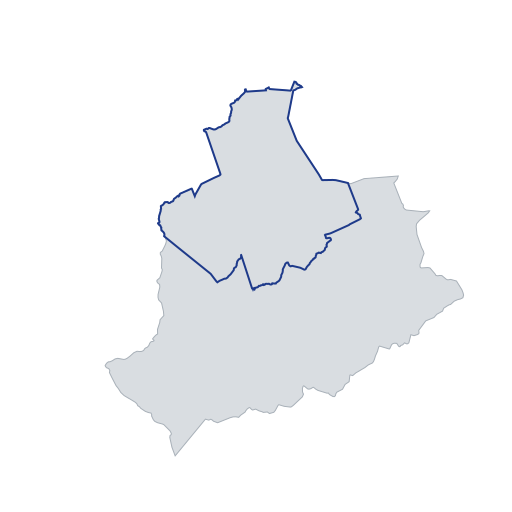 Santa Cruz highlighted on a map of Bolivia, rotated 249°
{"feature_id": "BOL-1940", "entity_name": "Santa Cruz", "entity_type": "Department", "adm_level": 1, "iso_a3": "BOL", "parent_name": "Bolivia", "parent_adm1": "", "projection": "mercator", "projection_center": [-61.708, -16.97], "detail": "fine", "context": "in_parent", "style": "outline", "palette": "blue", "viewbox_px": 512, "rotation_deg": 249, "n_neighbors": 0, "source": "natural_earth", "source_scale": "10m", "svg_char_len": 9699}
<svg xmlns="http://www.w3.org/2000/svg" viewBox="0 0 512 512"><g transform="rotate(249 256 256)"><path d="M100.6,289.0L99.9,282.7L98.8,281.2L97.2,280.1L96.6,278.9L97.2,277.5L100.4,274.9L102.1,274.5L102.5,273.1L108.3,265.7L110.1,264.2L112.1,263.1L113.0,262.3L112.5,259.6L112.7,257.7L113.4,256.6L117.3,254.4L117.7,254.0L117.5,253.3L115.8,251.9L112.3,250.7L110.0,250.8L107.9,248.8L103.3,237.6L102.5,235.0L102.6,234.0L105.6,228.4L109.0,224.0L108.6,223.0L104.9,218.7L103.7,216.6L104.1,212.1L106.3,210.7L107.4,206.7L108.3,206.0L110.4,203.3L113.2,200.8L113.4,197.7L114.3,196.9L116.7,195.9L116.9,195.2L116.4,193.1L115.2,191.0L114.2,189.9L112.9,184.7L111.6,182.0L113.1,179.6L114.0,177.0L114.3,173.9L114.1,160.4L117.0,157.1L118.5,156.4L119.8,155.3L119.7,153.1L121.8,150.3L98.4,108.9L107.6,109.0L117.5,110.5L119.2,111.4L119.6,112.8L120.7,113.4L123.4,113.1L131.6,109.5L132.7,108.4L135.6,104.4L137.8,102.3L139.9,101.5L144.0,101.2L145.3,101.8L147.0,101.7L148.4,99.5L150.6,97.0L155.0,93.9L157.2,93.1L158.5,92.0L160.9,91.8L163.0,90.7L172.9,82.9L177.0,80.9L181.6,80.0L185.1,78.9L194.0,77.9L199.7,77.4L201.5,78.5L203.6,78.2L205.3,76.4L206.8,75.9L207.8,75.9L209.4,78.0L210.1,80.2L209.6,81.8L209.7,84.3L210.4,87.5L210.0,90.3L206.8,95.5L206.5,97.0L206.7,99.1L207.7,102.6L209.5,107.3L209.7,110.8L208.5,113.1L207.9,115.1L208.0,116.7L208.5,117.9L209.2,118.6L209.7,119.9L209.8,121.9L210.8,123.8L212.8,125.7L213.6,127.4L213.2,129.1L213.3,130.2L213.9,130.6L215.2,129.8L215.8,129.9L217.2,132.3L218.2,134.7L218.4,136.2L222.7,137.7L228.4,142.3L230.9,143.6L233.4,148.6L237.7,149.8L246.0,151.0L249.9,149.4L252.5,149.7L255.2,150.8L261.5,155.1L264.0,155.8L265.8,154.7L267.5,154.3L268.8,154.8L270.1,158.4L274.9,162.4L276.7,163.6L278.7,163.5L287.5,167.2L289.8,167.5L292.1,167.3L293.6,168.0L294.2,170.2L298.2,174.6L300.0,176.3L302.2,177.8L307.8,177.8L309.5,178.2L320.9,176.8L325.1,178.8L335.8,184.9L338.0,188.9L338.4,191.1L337.8,193.3L336.9,194.1L336.6,195.6L337.0,197.7L338.7,199.6L340.2,206.0L341.2,207.3L341.9,220.0L333.8,220.3L335.2,221.5L342.7,230.6L344.4,252.1L387.3,253.7L388.4,253.7L391.5,252.5L392.3,252.5L392.2,258.1L389.1,262.5L388.9,263.9L389.3,269.6L390.4,274.3L391.0,278.5L392.3,279.8L396.0,282.0L401.6,286.1L403.9,286.6L405.8,286.1L406.9,287.8L407.1,290.5L412.2,302.8L413.1,304.5L414.6,305.4L414.3,306.0L413.1,306.3L412.5,307.2L407.0,324.7L408.4,324.8L408.8,328.3L407.1,328.6L406.6,329.3L397.9,347.7L405.0,354.3L404.3,355.4L400.8,356.4L398.9,359.0L397.2,359.4L397.7,354.8L397.2,350.8L396.7,349.8L372.8,335.0L348.8,335.3L309.5,343.9L303.1,345.0L298.9,356.4L289.5,370.5L289.5,384.6L279.7,417.5L277.2,415.4L275.4,412.3L274.9,410.9L274.6,410.8L252.9,411.0L251.8,411.7L250.2,411.7L249.1,411.0L248.0,411.1L246.4,411.7L245.0,412.9L237.4,428.0L236.3,433.4L235.9,434.3L234.6,432.4L230.7,421.4L228.5,417.4L226.1,416.1L218.4,414.0L204.6,413.6L200.3,414.0L198.0,413.7L195.7,411.5L190.5,407.5L189.5,406.2L187.5,405.4L186.3,405.3L185.6,406.1L183.6,412.4L182.5,414.1L175.3,416.7L173.4,417.0L172.4,418.5L172.0,420.6L171.1,422.5L166.1,425.3L165.0,426.5L164.4,429.3L160.8,434.2L150.7,436.1L147.4,436.1L145.1,435.8L142.9,434.2L142.6,431.5L143.0,428.7L142.8,424.8L141.0,420.3L141.2,418.9L140.9,416.7L140.0,412.5L137.7,410.4L136.8,403.9L134.8,400.1L134.6,391.2L128.3,381.3L125.7,380.6L125.1,380.0L124.8,378.6L125.0,374.9L127.0,372.4L120.2,367.6L119.8,366.4L119.8,365.4L121.7,363.5L120.5,361.1L120.6,359.0L119.8,358.1L119.9,357.4L120.7,356.8L124.0,356.1L125.0,353.9L125.1,352.1L124.6,350.8L121.5,347.6L121.4,347.1L127.6,339.1L127.4,338.4L126.8,337.7L123.5,335.3L119.8,331.6L117.3,329.7L115.3,327.8L114.4,326.2L114.1,321.9L112.8,317.6L111.1,307.3L109.7,303.4L111.2,301.4L111.1,300.9L105.3,297.9L104.2,293.2L100.6,289.0Z" fill="#d9dde1" stroke="#a8b0b8" stroke-width="1"/><path d="M405.0,354.3L404.5,355.1L404.1,355.5L403.5,355.8L402.9,355.6L402.4,355.6L402.2,355.7L402.2,355.9L402.0,356.2L401.7,356.3L401.4,356.4L400.8,356.6L400.0,357.8L399.1,358.2L398.7,358.8L398.3,359.0L397.2,359.4L397.2,358.7L397.6,357.2L397.6,356.7L397.6,355.5L397.7,354.9L397.6,354.0L397.1,352.4L397.1,351.5L397.2,350.6L397.1,350.2L396.8,349.9L374.9,336.2L373.4,335.1L372.9,335.0L348.9,335.3L309.5,343.9L303.6,344.8L303.2,345.0L303.0,345.3L299.5,354.9L298.2,357.7L296.4,360.4L291.2,368.0L263.1,368.1L262.8,368.0L262.6,367.9L262.4,367.6L261.6,365.6L261.2,365.1L260.9,364.8L260.7,364.9L260.5,365.1L260.0,365.8L259.7,366.1L259.3,366.2L258.5,366.4L258.3,366.6L258.1,366.8L257.7,367.4L257.5,367.6L257.4,367.7L257.2,367.7L256.9,367.7L255.7,367.5L254.1,367.5L253.5,367.4L253.1,366.2L252.0,354.9L251.7,354.1L251.6,353.8L250.5,334.6L250.5,332.9L251.1,328.3L250.9,327.9L249.3,328.0L248.7,328.0L248.0,327.8L247.7,327.8L247.4,328.0L247.1,328.6L246.8,330.6L246.7,331.0L246.5,331.3L246.3,331.6L245.9,331.8L245.5,331.9L245.1,331.9L244.6,331.9L244.2,331.7L243.9,331.5L243.8,331.2L243.8,330.9L242.7,327.1L242.5,326.9L242.0,326.7L241.7,326.4L241.5,326.1L241.2,325.8L240.8,325.7L240.1,325.7L239.7,325.6L239.4,325.4L239.2,325.1L239.0,324.0L238.6,323.4L238.1,323.0L237.5,322.7L237.0,322.3L236.8,321.9L236.6,321.2L236.5,320.8L236.1,320.1L236.0,319.8L236.1,318.5L236.0,318.2L235.8,317.9L235.5,317.6L235.9,316.8L236.6,316.0L236.7,315.8L236.7,315.6L236.5,315.2L236.5,314.7L236.5,313.6L236.5,313.2L236.2,313.0L235.6,312.7L235.3,312.5L234.9,312.0L234.5,311.7L234.2,311.6L233.7,311.4L233.4,311.1L233.2,310.8L233.1,310.5L233.2,309.9L233.1,309.7L232.8,309.4L232.7,309.3L232.8,308.8L232.8,308.5L232.7,308.3L232.3,307.9L231.9,307.2L231.6,306.1L231.2,305.4L230.6,304.7L230.3,304.0L230.1,303.7L229.9,303.5L229.5,303.3L229.3,303.1L229.0,302.6L228.5,301.3L227.6,299.6L227.2,299.1L226.1,297.8L225.9,297.6L225.8,297.0L225.9,296.3L226.3,295.8L226.9,295.3L229.1,293.2L229.6,292.5L233.8,286.3L233.9,285.8L233.9,285.1L233.9,284.9L234.0,284.5L234.2,284.4L235.2,283.7L235.5,283.6L236.2,283.6L236.5,283.6L237.1,283.5L237.3,283.4L237.6,283.5L238.5,283.4L238.7,282.9L238.8,282.4L238.7,281.9L238.5,281.5L238.3,280.8L238.1,280.6L238.0,280.4L236.8,279.4L234.5,276.8L233.7,276.1L233.4,276.0L232.7,275.8L231.2,274.9L230.8,274.6L229.2,272.8L228.9,272.6L228.6,272.5L228.1,272.3L227.4,271.9L225.0,269.3L224.6,268.6L224.0,266.4L224.0,265.9L223.9,265.7L223.8,265.4L223.4,264.9L223.2,264.7L223.3,264.3L223.6,263.8L223.7,263.2L224.6,261.6L224.7,261.4L224.6,261.2L224.2,261.0L224.0,260.8L223.9,260.4L224.0,259.9L224.1,259.5L224.4,259.1L224.6,258.8L225.2,258.4L225.5,258.1L225.6,257.3L226.5,255.3L226.5,255.0L226.5,254.7L226.2,254.4L226.2,254.1L226.2,253.9L226.7,253.1L226.1,253.1L226.1,252.7L226.7,252.0L226.7,251.4L226.7,251.0L226.7,250.5L226.9,249.9L226.7,249.4L226.7,248.9L226.9,248.4L227.1,248.0L226.9,247.6L226.4,246.9L226.3,246.3L226.3,245.4L226.4,245.2L226.5,245.0L226.5,244.8L226.5,244.5L226.4,243.9L226.1,243.4L225.7,243.0L225.3,242.6L225.6,242.4L226.0,242.4L226.3,242.5L226.7,242.6L226.7,242.2L226.6,241.9L226.0,241.3L226.7,241.3L227.0,241.3L227.2,240.7L261.6,242.5L262.2,242.5L262.2,242.4L261.7,242.2L260.8,241.9L260.5,241.8L260.2,241.6L259.5,240.9L259.3,240.5L259.1,240.0L259.1,239.6L259.1,238.9L259.0,238.6L258.9,238.4L258.3,237.6L258.0,237.0L257.7,236.6L257.5,236.4L256.5,235.9L256.2,235.7L255.4,235.0L255.1,234.9L254.8,234.9L254.5,234.8L254.2,234.6L253.0,233.3L252.8,233.0L252.7,231.7L252.5,231.3L252.2,230.9L251.9,230.7L251.2,230.4L250.9,230.2L250.7,230.0L248.0,225.7L247.0,223.0L246.1,221.7L246.0,221.2L245.7,219.9L245.8,219.3L246.0,218.9L246.1,218.4L246.1,217.6L246.0,216.2L245.9,213.1L245.3,210.5L246.6,209.9L255.6,207.3L293.3,185.4L307.4,177.3L307.5,177.3L308.2,178.0L308.5,178.1L309.7,178.4L310.9,178.3L312.0,177.9L313.8,176.9L314.2,177.0L314.6,177.1L315.5,177.3L316.1,177.6L316.4,177.8L316.6,177.8L317.2,177.6L319.0,177.6L319.4,176.9L319.8,176.7L320.9,176.5L321.0,176.4L321.3,176.2L321.6,176.2L321.8,176.4L321.8,177.5L322.3,178.1L323.5,178.3L324.7,178.4L325.6,178.5L326.1,179.0L326.3,179.1L328.1,179.9L332.0,183.0L332.9,183.5L333.5,183.6L333.7,183.8L333.9,184.1L334.0,184.3L336.2,184.9L336.7,185.1L336.9,185.6L336.9,186.4L337.1,187.1L337.3,187.8L337.6,188.4L337.8,188.6L338.3,189.1L338.3,189.5L338.8,189.9L338.9,190.1L338.9,190.3L338.7,190.8L338.3,192.1L338.1,192.7L337.6,193.1L337.0,193.2L336.8,193.4L336.6,193.7L336.5,194.4L336.5,195.0L336.6,195.3L336.9,195.9L336.9,196.6L336.9,197.4L336.9,198.1L337.2,198.6L338.6,199.8L338.8,200.2L339.2,201.9L340.0,203.8L340.2,205.0L339.4,205.2L339.8,206.1L341.1,207.0L341.4,207.6L342.0,219.9L341.8,220.2L333.8,220.3L335.2,221.5L342.2,230.0L342.6,230.6L342.8,231.2L344.0,244.8L344.3,250.8L344.8,252.0L345.6,252.2L389.2,253.8L389.8,253.7L390.3,253.4L390.5,253.2L390.9,252.5L391.1,252.4L392.2,252.4L392.5,252.6L392.6,255.3L392.5,255.7L391.9,256.2L391.9,256.7L392.4,257.7L392.1,258.6L389.4,261.6L389.0,262.5L388.8,263.4L388.9,264.6L389.4,266.6L389.5,267.7L389.5,267.9L389.2,268.4L389.2,268.6L389.2,269.0L389.4,270.3L389.9,271.2L390.1,271.6L390.2,273.6L390.3,274.0L390.6,274.5L390.7,275.1L390.8,277.5L390.9,278.5L391.4,279.4L392.4,279.9L393.2,280.0L393.5,280.1L393.7,280.3L394.2,280.6L394.4,280.8L395.1,281.0L395.3,281.1L395.6,281.5L396.0,282.4L396.4,282.7L397.4,282.9L397.7,283.1L398.4,283.9L398.7,284.1L399.6,284.5L400.0,284.7L401.1,285.7L401.9,286.0L402.8,286.2L403.8,286.3L404.6,286.1L405.2,286.0L405.6,286.0L406.2,286.3L406.6,286.7L406.8,287.3L406.9,288.0L406.9,288.6L406.9,289.1L406.9,290.1L407.0,290.6L407.2,291.1L407.5,291.5L407.8,291.8L408.2,292.1L408.6,292.2L408.4,293.1L408.5,293.4L408.9,294.0L409.3,294.7L409.3,295.2L408.4,295.3L410.9,299.5L412.2,302.9L413.1,304.5L414.2,305.1L414.7,305.1L415.1,305.2L415.4,305.5L415.3,306.1L413.5,306.1L413.0,306.2L412.7,306.5L407.1,324.6L408.1,324.7L408.4,324.9L408.5,325.5L408.6,327.1L408.8,328.3L407.3,328.4L406.9,328.7L401.1,341.0L398.1,347.3L398.3,348.1L405.0,354.3Z" fill="none" stroke="#1e3a8a" stroke-width="2"/></g></svg>